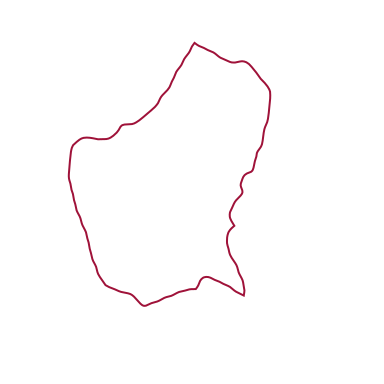 Cristobal, Independencia, Dominican Republic (Mercator projection), rotated 50°
{"feature_id": "3306468B18266835565764", "entity_name": "Cristobal", "entity_type": "district", "adm_level": 2, "iso_a3": "DOM", "parent_name": "Dominican Republic", "parent_adm1": "Independencia", "projection": "mercator", "projection_center": [-71.278, 18.34], "detail": "fine", "context": "isolated", "style": "outline", "palette": "rose", "viewbox_px": 384, "rotation_deg": 50, "n_neighbors": 0, "source": "geoboundaries", "source_scale": "gbopen_adm2", "svg_char_len": 2710}
<svg xmlns="http://www.w3.org/2000/svg" viewBox="0 0 384 384"><g transform="rotate(50 192 192)"><path d="M79.4,94.2L80.5,98.5L82.7,103.1L83.4,105.1L84.6,110.6L85.2,112.7L87.8,118.3L88.4,120.4L89.3,124.8L89.9,126.9L92.8,132.4L94.5,136.5L96.4,140.1L97.3,142.0L98.1,145.3L98.8,152.1L99.2,154.3L99.9,156.3L102.1,161.0L102.6,163.2L103.0,165.6L103.2,170.4L103.3,181.4L103.2,186.3L102.8,189.9L102.3,192.2L101.4,194.3L96.9,200.4L96.1,202.2L95.9,203.2L96.1,204.9L97.4,208.4L98.1,211.5L98.3,216.0L98.0,219.4L97.4,221.6L96.3,223.7L91.2,230.1L87.2,233.3L84.8,235.4L82.6,237.7L80.8,240.3L80.0,242.3L79.6,244.6L79.5,247.9L79.7,253.0L80.9,255.6L82.1,257.3L83.5,259.0L89.6,265.4L99.1,274.8L100.8,276.3L102.5,277.5L104.2,278.4L107.5,279.8L112.9,282.9L117.0,284.5L122.4,287.6L126.4,289.3L131.9,292.2L134.0,292.8L138.4,293.7L140.5,294.4L145.2,296.6L147.2,297.3L152.6,298.5L154.7,299.1L160.3,302.0L164.3,303.7L169.7,306.8L173.7,308.6L179.3,311.4L181.4,312.1L185.7,313.0L187.8,313.6L192.5,315.9L194.5,316.6L197.9,317.2L207.8,318.1L211.6,316.6L217.1,313.6L221.0,311.7L223.0,310.5L228.4,306.2L230.4,304.9L231.4,304.5L232.6,304.1L234.9,303.7L244.4,303.3L246.5,302.9L247.5,302.5L248.4,301.9L249.0,301.1L249.5,300.3L251.1,294.5L253.6,288.9L254.2,286.8L255.3,281.3L256.0,279.3L258.2,274.7L258.8,272.5L259.7,268.2L260.3,266.1L263.1,260.6L264.9,256.6L266.1,254.8L268.8,251.5L268.3,249.4L267.6,247.3L265.3,242.9L264.8,240.9L264.8,238.7L265.1,237.6L266.1,235.8L267.5,234.3L269.1,233.2L270.1,232.7L273.9,231.1L278.5,228.6L282.6,227.0L287.2,224.7L289.2,223.9L294.7,222.9L296.8,222.3L304.6,218.9L302.5,216.5L301.1,215.1L294.0,210.9L292.1,210.0L289.9,209.4L285.6,208.5L283.5,207.9L278.8,205.7L276.7,205.0L274.5,204.6L267.8,203.9L264.5,203.2L262.5,202.4L258.9,200.5L255.9,199.2L253.8,198.1L252.0,196.7L249.4,194.3L247.9,192.5L246.6,190.5L246.1,189.4L245.5,187.2L245.2,185.0L245.1,181.3L239.4,180.4L237.2,179.8L236.1,179.4L235.2,178.9L233.5,177.6L232.1,176.1L231.6,175.2L229.8,171.3L228.0,167.6L227.2,165.6L226.7,163.5L226.0,157.0L225.5,155.0L225.1,154.2L224.5,153.4L223.0,152.4L219.6,151.2L218.1,150.4L216.8,149.0L214.3,144.8L213.4,143.0L212.9,141.0L212.9,140.0L213.1,138.0L214.5,133.8L214.5,133.0L214.4,132.0L214.0,131.0L212.9,129.2L208.8,124.0L206.2,119.9L203.9,117.3L203.1,115.6L201.8,110.6L201.4,109.6L200.4,107.7L198.2,105.0L192.7,99.0L190.5,96.3L189.3,94.4L186.8,89.5L184.8,86.8L180.8,82.4L170.7,72.1L168.1,69.8L165.3,67.7L163.2,66.9L159.8,66.3L155.2,66.2L149.5,66.6L141.8,66.0L134.3,65.9L130.7,66.1L128.4,66.7L127.3,67.1L125.5,68.2L124.0,69.6L122.9,71.3L120.5,75.8L118.5,78.1L116.8,79.3L107.4,83.9L105.3,84.5L100.9,85.3L98.8,85.9L93.3,88.7L89.3,90.3L84.7,92.7L82.7,93.4L79.4,94.2Z" fill="none" stroke="#9f1239" stroke-width="2"/></g></svg>